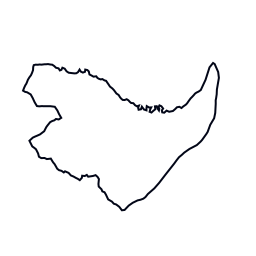 outline of Mundo Novo, Mato Grosso do Sul, Brazil, rotated 349°
{"feature_id": "56859067B58386518571504", "entity_name": "Mundo Novo", "entity_type": "district", "adm_level": 2, "iso_a3": "BRA", "parent_name": "Brazil", "parent_adm1": "Mato Grosso do Sul", "projection": "mercator", "projection_center": [-54.282, -23.941], "detail": "fine", "context": "isolated", "style": "outline", "palette": "ink", "viewbox_px": 256, "rotation_deg": 349, "n_neighbors": 0, "source": "geoboundaries", "source_scale": "gbopen_adm2", "svg_char_len": 2729}
<svg xmlns="http://www.w3.org/2000/svg" viewBox="0 0 256 256"><g transform="rotate(349 128 128)"><path d="M223.9,80.4L219.6,84.0L213.3,95.5L206.7,104.6L204.3,105.7L202.0,106.3L200.4,107.0L198.8,108.3L196.9,109.7L195.1,110.9L192.4,113.4L190.8,115.0L189.3,116.1L186.3,117.4L184.3,118.6L182.5,117.0L180.0,117.0L177.8,118.5L175.3,119.9L173.6,119.9L171.5,119.9L169.2,118.3L166.5,119.9L164.6,119.2L164.6,117.1L166.2,115.6L164.9,113.0L163.2,111.8L162.0,113.3L162.4,115.1L161.7,116.7L160.8,114.7L160.4,112.1L158.6,111.9L158.4,114.8L156.1,116.0L154.0,117.3L152.3,116.2L153.5,113.7L154.7,112.2L152.6,111.9L150.6,110.1L150.0,111.8L149.5,114.2L147.2,112.9L145.7,109.7L144.3,112.1L141.9,112.1L141.8,110.1L143.0,108.1L140.9,108.4L139.3,107.0L138.0,104.7L135.8,104.0L134.7,102.6L133.7,100.9L132.2,99.5L130.0,99.9L128.1,99.4L126.8,97.7L126.0,96.2L125.1,93.8L123.2,91.9L122.4,90.2L121.4,88.1L120.2,86.2L118.2,83.9L117.3,81.7L116.2,79.2L115.5,77.5L114.0,76.8L112.2,75.1L110.5,75.1L108.9,74.2L107.6,73.1L106.7,71.2L103.9,71.0L102.2,69.5L100.4,68.1L100.3,65.0L99.2,63.4L97.2,62.5L96.5,64.6L94.3,65.0L92.4,63.6L91.6,61.4L89.5,63.7L87.7,64.4L86.0,64.2L84.0,63.6L80.3,62.4L78.5,60.6L77.2,57.7L75.1,56.3L73.7,58.2L72.1,58.5L71.2,56.2L68.8,55.1L67.4,53.1L65.7,51.4L64.0,50.9L61.7,50.0L59.8,49.8L58.0,49.5L55.1,49.3L53.4,48.8L51.5,48.7L49.4,48.2L47.5,48.3L46.6,50.0L45.8,53.1L44.3,55.6L42.8,57.7L40.8,59.5L38.9,61.6L37.8,63.4L36.6,65.2L35.4,66.4L33.8,68.6L32.1,71.3L33.9,72.9L35.8,73.7L38.9,76.5L40.2,80.5L40.8,83.0L41.3,85.0L42.8,89.1L45.0,89.8L47.0,90.0L53.9,91.4L56.0,91.8L60.2,93.2L62.0,97.3L63.0,101.3L64.4,105.3L61.6,106.4L59.0,105.4L57.2,106.4L54.9,106.7L52.7,107.4L49.5,110.1L48.0,111.5L46.4,113.5L45.1,115.2L43.2,116.1L40.4,117.5L37.4,118.2L35.0,118.7L32.7,119.3L28.8,121.7L30.5,127.8L32.2,129.6L33.6,131.3L34.9,135.8L35.1,139.2L37.1,141.0L40.3,141.5L42.4,143.0L44.6,143.2L46.4,143.3L47.3,145.8L48.0,147.6L49.0,149.3L50.1,152.5L50.7,154.4L52.2,156.2L54.6,157.4L56.5,159.4L57.9,158.5L61.1,160.7L62.9,163.7L65.2,165.2L67.4,167.1L69.0,168.3L70.7,170.0L73.2,168.1L73.9,166.1L76.4,166.9L78.6,166.2L79.6,168.2L84.5,168.4L87.2,168.1L88.8,170.2L89.7,172.6L88.3,177.3L88.1,179.9L90.3,183.1L90.7,185.3L92.7,186.6L93.6,189.1L94.9,194.3L98.2,197.2L99.6,199.6L101.8,200.8L104.4,203.7L106.3,207.6L109.0,207.8L113.9,204.3L118.4,202.3L123.6,200.9L126.6,200.8L129.6,200.3L132.0,199.1L134.9,196.6L142.3,192.3L148.1,187.8L155.8,181.0L166.6,171.7L169.6,168.9L172.5,166.4L175.8,164.6L178.5,162.9L184.3,160.3L192.3,157.9L196.7,155.2L198.4,153.9L203.7,148.9L205.4,147.1L209.4,140.5L214.4,134.9L216.5,129.9L218.7,121.1L219.4,117.4L220.1,115.8L221.5,111.8L222.6,107.2L226.8,96.1L227.2,90.2L225.3,81.8L223.9,80.4Z" fill="none" stroke="#020617" stroke-width="2"/></g></svg>